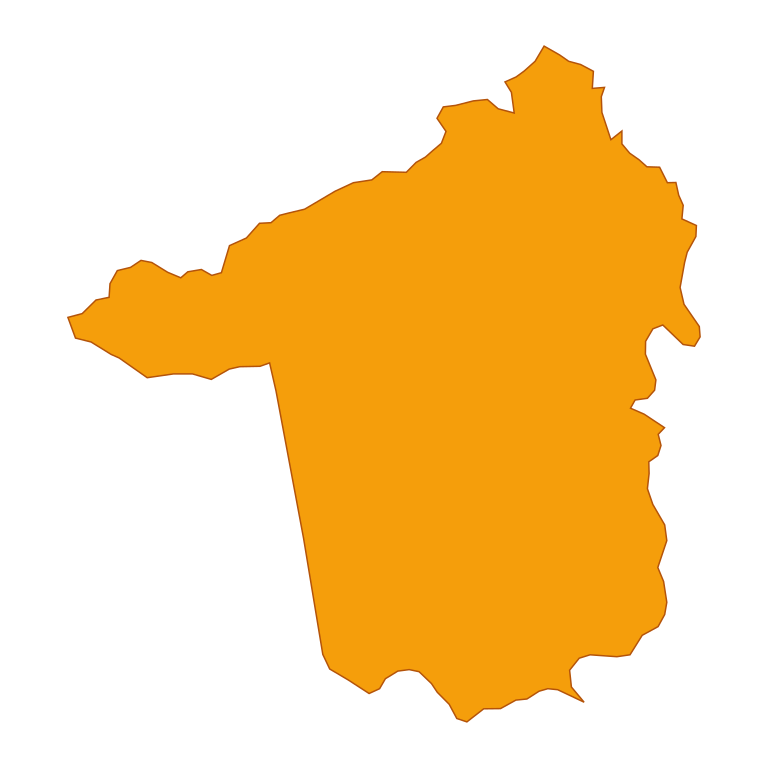 Santana do Itararé, Paraná, Brazil (Natural Earth projection)
{"feature_id": "56859067B73123579493157", "entity_name": "Santana do Itararé", "entity_type": "district", "adm_level": 2, "iso_a3": "BRA", "parent_name": "Brazil", "parent_adm1": "Paraná", "projection": "natural_earth1", "projection_center": [-49.628, -23.749], "detail": "fine", "context": "isolated", "style": "filled", "palette": "amber", "viewbox_px": 768, "rotation_deg": 0, "n_neighbors": 0, "source": "geoboundaries", "source_scale": "gbopen_adm2", "svg_char_len": 1852}
<svg xmlns="http://www.w3.org/2000/svg" viewBox="0 0 768 768"><path d="M544.1,46.1L535.1,61.3L524.1,71.1L516.0,77.0L505.0,81.9L511.4,92.3L514.2,113.0L498.2,108.8L487.4,99.5L473.3,100.9L455.6,105.4L443.3,106.9L437.0,118.3L446.0,131.4L441.4,143.3L432.9,150.5L425.4,157.1L416.1,162.4L406.3,172.3L382.2,171.7L371.8,179.9L353.4,182.7L335.1,191.2L304.6,209.2L288.7,213.0L279.7,215.3L271.0,222.7L259.5,223.3L246.4,238.0L229.5,245.6L221.4,272.7L211.8,275.4L201.4,269.5L187.8,271.8L180.8,277.8L167.7,272.3L151.8,262.5L141.0,260.4L130.5,267.4L117.3,270.6L110.0,283.7L109.1,297.3L96.0,300.0L82.2,313.6L67.9,317.4L75.5,338.1L91.1,342.0L111.1,354.4L119.2,358.0L147.2,377.7L173.6,373.9L192.4,373.9L211.3,379.4L229.2,369.1L239.7,366.7L260.0,366.3L269.6,362.9L276.0,390.9L303.6,538.5L322.8,654.4L329.7,669.0L348.3,680.0L369.1,693.5L379.6,688.7L385.4,678.7L397.8,671.1L409.2,669.6L419.1,671.7L431.5,683.6L437.3,692.3L449.2,704.3L456.8,718.5L466.9,721.9L483.7,708.8L500.5,708.6L515.9,700.1L526.9,699.0L539.1,691.2L547.8,688.7L557.7,689.7L584.1,702.2L571.4,687.0L569.6,670.2L579.2,658.2L590.1,654.8L616.9,656.7L630.0,654.8L642.2,635.3L658.1,626.6L664.7,614.5L666.8,602.3L663.6,581.5L657.8,567.5L666.8,540.6L664.7,524.9L652.8,504.4L647.4,488.7L649.1,473.5L648.8,461.8L657.8,455.5L661.0,445.5L658.2,434.3L664.5,427.7L653.7,420.5L644.2,414.2L630.5,408.2L635.1,400.0L647.4,398.3L654.6,390.2L655.9,379.9L645.4,354.2L645.6,341.3L652.9,328.8L662.8,325.0L683.1,344.5L694.5,346.2L700.1,336.9L699.3,326.5L684.0,304.3L680.1,287.5L684.6,262.5L687.2,252.2L695.9,236.5L696.4,225.5L681.9,218.9L683.2,205.3L678.7,195.2L675.9,182.5L667.4,182.7L659.6,167.2L646.9,166.8L639.1,159.8L629.7,153.2L621.9,143.9L621.9,131.0L610.9,139.7L601.9,112.4L601.3,96.7L604.5,87.4L592.3,88.4L593.4,71.3L580.6,64.5L568.7,61.3L559.7,55.0L544.1,46.1Z" fill="#f59e0b" stroke="#b45309" stroke-width="1.5"/></svg>